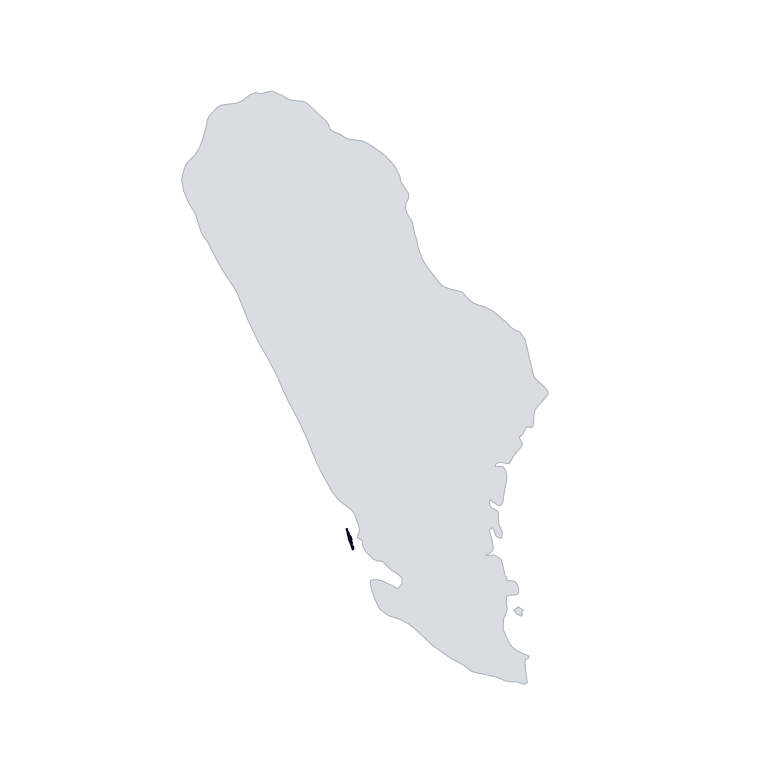 Sainte Marie, Analanjirofo, Madagascar shown in context, rotated 137°
{"feature_id": "10022922B25342620887316", "entity_name": "Sainte Marie", "entity_type": "district", "adm_level": 2, "iso_a3": "MDG", "parent_name": "Madagascar", "parent_adm1": "Analanjirofo", "projection": "orthographic", "projection_center": [49.903, -16.911], "detail": "fine", "context": "in_parent", "style": "filled", "palette": "ink", "viewbox_px": 768, "rotation_deg": 137, "n_neighbors": 0, "source": "geoboundaries", "source_scale": "gbopen_adm2", "svg_char_len": 5907}
<svg xmlns="http://www.w3.org/2000/svg" viewBox="0 0 768 768"><g transform="rotate(137 384 384)"><path d="M497.9,84.5L500.0,89.3L502.4,94.0L510.1,105.3L513.3,109.7L516.1,114.3L517.5,123.6L522.3,138.0L526.8,159.6L528.2,181.7L529.6,191.9L533.1,201.5L538.8,211.5L540.7,222.5L537.1,233.9L532.0,244.6L530.7,246.6L528.3,249.4L527.2,249.3L523.1,246.5L519.8,241.9L515.6,231.3L514.1,225.8L512.3,225.0L507.3,225.5L503.8,228.8L503.1,231.0L503.9,237.0L505.3,242.4L505.9,247.9L506.0,254.8L507.3,256.9L509.3,258.7L511.3,263.2L511.7,274.0L510.4,279.4L507.0,284.1L507.2,286.7L508.4,289.4L507.2,291.0L502.6,293.0L500.8,294.8L498.3,299.6L494.3,309.3L493.7,314.3L496.3,329.4L495.6,340.1L490.5,360.6L487.6,370.3L483.5,381.9L477.3,397.3L471.1,416.5L465.9,436.3L462.1,448.2L457.7,459.9L451.8,480.6L446.9,501.6L439.5,524.7L429.4,550.5L428.3,553.8L426.3,567.0L424.1,578.4L421.5,589.6L416.0,608.3L415.4,614.0L414.2,619.5L408.8,631.2L406.6,635.6L405.0,640.2L404.2,646.1L402.6,651.7L398.8,662.1L392.9,671.1L388.9,674.4L380.1,679.2L375.7,680.2L365.7,680.5L356.1,683.3L346.2,688.7L336.8,694.7L333.2,697.6L329.2,699.3L316.5,699.9L312.6,698.8L299.5,689.4L294.5,687.9L285.1,686.9L282.3,686.1L279.6,684.9L275.6,680.0L267.9,675.9L266.1,674.7L264.8,671.7L263.9,668.6L261.8,665.1L260.0,658.4L257.4,653.7L250.1,645.6L249.2,642.9L248.2,634.0L248.2,628.0L247.0,617.0L247.6,611.8L249.8,607.1L248.6,602.0L245.8,596.8L244.6,591.3L242.4,586.4L234.7,577.6L232.7,573.2L231.3,568.7L227.9,554.4L227.4,549.4L227.3,538.8L228.1,533.4L229.7,529.5L230.1,526.7L231.1,524.2L232.8,522.2L233.9,519.8L236.1,506.2L239.5,503.1L244.7,501.2L248.7,497.5L250.9,492.7L253.0,482.8L259.2,472.8L261.4,467.6L266.5,459.7L270.9,448.6L272.1,443.4L273.0,438.1L273.8,426.5L274.5,420.7L274.2,415.0L271.3,409.2L264.4,398.7L264.1,396.7L264.4,388.8L263.7,383.1L261.1,377.4L257.8,372.1L254.5,362.2L252.5,345.6L252.6,339.6L251.5,334.3L249.1,329.2L250.5,320.3L269.2,287.5L269.7,283.7L268.7,273.9L268.9,268.2L269.6,266.0L271.0,264.7L274.4,264.1L290.4,262.2L292.4,261.2L296.3,258.4L301.7,253.0L304.2,251.4L306.4,251.9L307.8,254.1L309.6,255.3L316.0,252.8L318.5,252.7L321.1,253.0L322.2,250.8L322.8,247.8L323.7,245.7L325.5,244.5L333.8,243.7L339.1,242.8L345.9,240.6L347.4,240.9L353.1,248.2L354.8,248.8L357.0,249.1L358.8,247.7L354.3,243.9L353.5,241.8L353.7,239.3L356.1,233.9L360.0,229.8L368.9,223.5L378.2,216.2L380.9,215.7L383.2,216.8L385.1,225.1L384.9,226.5L386.4,226.7L388.1,225.6L389.6,222.2L389.6,219.4L388.3,216.7L387.7,214.5L387.6,212.4L392.3,207.3L396.0,202.5L397.7,196.9L399.1,194.2L403.0,191.3L404.2,191.7L405.1,194.1L405.7,196.6L404.7,199.1L403.3,201.6L402.7,204.9L405.0,205.5L407.0,204.7L410.1,198.7L413.5,193.0L415.5,190.0L418.2,188.0L422.5,188.3L426.8,189.6L419.8,183.6L418.0,175.5L426.1,161.3L426.2,158.3L427.4,157.4L427.9,156.2L423.6,151.5L422.8,149.2L423.3,145.6L425.3,142.3L427.2,140.1L429.8,139.2L431.9,140.4L436.5,144.3L439.6,144.9L443.4,141.1L446.4,136.3L451.0,133.1L456.2,131.0L464.1,123.6L469.3,108.1L469.7,103.6L468.5,98.1L466.6,92.9L463.5,86.4L464.3,85.0L468.7,85.8L470.1,84.9L474.9,79.1L482.7,68.1L485.3,68.1L487.5,70.1L488.3,73.1L489.9,75.4L495.2,80.6L497.9,84.5ZM443.5,128.2L443.5,129.9L437.6,129.3L436.6,123.4L439.5,123.2L440.1,120.8L441.9,120.5L443.9,125.7L443.5,128.2ZM516.0,293.5L511.0,302.1L512.4,294.9L518.2,284.6L519.9,283.8L516.0,293.5Z" fill="#d9dde1" stroke="#a8b0b8" stroke-width="1"/><path d="M519.4,284.1L519.2,284.2L518.9,284.2L518.9,284.3L518.7,284.3L518.4,284.5L518.2,284.8L518.2,285.0L518.0,285.4L517.9,285.4L517.8,285.5L517.7,285.6L517.4,285.7L517.3,285.8L517.4,286.0L517.5,286.2L517.5,286.4L517.7,286.6L517.6,286.9L517.5,287.1L517.6,287.4L517.6,287.5L517.4,287.8L517.4,288.0L517.2,288.1L517.1,288.3L516.9,288.5L516.7,288.7L516.6,288.8L516.4,288.9L516.2,289.0L515.8,289.2L515.7,289.3L515.6,289.5L515.6,289.8L515.5,290.0L515.4,290.1L515.4,290.3L515.3,290.5L515.2,290.7L515.2,290.8L515.1,291.1L514.9,291.3L514.7,291.6L514.5,291.8L514.4,292.1L514.2,292.1L513.9,292.2L513.7,292.2L513.7,292.3L513.6,292.5L513.4,292.8L513.3,293.0L513.2,293.3L513.1,293.5L512.9,293.7L512.8,294.0L512.7,294.3L512.5,294.5L512.4,294.7L512.4,295.0L512.3,295.5L512.4,295.9L512.4,296.1L512.5,296.2L512.6,296.3L512.6,296.5L512.6,296.8L512.5,297.0L512.4,297.1L512.2,297.3L512.2,297.5L512.1,297.9L512.2,298.0L511.9,298.1L511.8,298.3L511.7,298.4L511.5,298.6L511.4,298.7L511.4,298.9L511.4,299.0L511.3,299.3L511.2,299.5L511.1,299.8L511.1,300.0L511.0,300.3L511.0,300.5L510.9,300.7L510.9,301.0L510.9,301.3L510.9,301.5L510.7,301.7L510.7,301.9L510.7,302.0L510.5,302.3L510.4,302.4L510.5,302.4L510.5,302.6L510.6,302.8L510.7,303.0L510.8,303.0L510.8,302.9L510.9,302.6L511.0,302.6L511.0,302.4L511.2,302.2L511.3,302.1L511.3,301.9L511.4,301.6L511.4,301.4L511.5,301.3L511.5,301.2L511.7,300.8L511.8,300.7L512.0,300.5L512.2,300.3L512.4,300.2L512.5,300.0L512.4,299.9L512.6,299.6L512.8,299.3L512.8,299.1L513.0,299.0L513.1,298.8L513.3,298.7L513.5,298.3L513.5,298.2L513.6,297.8L513.7,297.7L513.9,297.7L514.0,297.3L514.0,297.2L514.2,296.9L514.3,296.7L514.5,296.4L514.6,296.2L514.7,295.9L514.7,295.7L514.8,295.5L514.8,295.4L515.0,295.3L515.4,295.2L515.5,295.0L515.5,294.9L515.7,294.6L515.8,294.3L515.8,294.2L515.7,294.1L515.8,293.9L516.0,293.7L516.2,293.4L516.3,293.3L516.4,293.1L516.5,293.0L516.5,292.9L516.5,292.7L516.5,292.3L516.6,292.2L516.7,291.7L516.8,291.5L516.9,291.4L517.0,291.0L517.1,290.8L517.1,290.7L517.2,290.3L517.3,290.1L517.4,289.9L517.4,289.7L517.5,289.7L517.6,289.4L517.6,289.2L517.8,288.9L517.9,288.7L518.0,288.4L518.1,288.2L518.3,287.8L518.4,287.7L518.5,287.4L518.6,287.2L518.7,286.8L518.8,286.6L518.9,286.4L519.0,286.2L519.2,285.9L519.3,285.9L519.5,285.6L519.5,285.4L519.7,285.1L519.8,284.9L519.8,284.7L519.9,284.4L519.7,284.2L519.4,284.1ZM510.5,303.5L510.5,303.4L510.5,303.2L510.5,302.9L510.4,302.7L510.2,302.6L510.0,302.8L509.9,302.9L509.9,303.0L510.0,303.1L510.0,303.3L509.9,303.3L510.0,303.6L510.3,303.7L510.5,303.5Z" fill="#0f172a" stroke="#020617" stroke-width="1.5"/></g></svg>